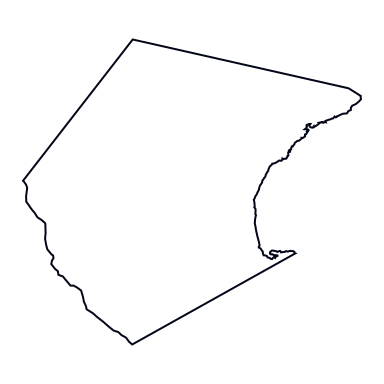 outline of Ngebei, Palau
{"feature_id": "81905179B35974165109386", "entity_name": "Ngebei", "entity_type": "district", "adm_level": 2, "iso_a3": "PLW", "parent_name": "Palau", "parent_adm1": "", "projection": "albers", "projection_center": [134.637, 7.688], "detail": "fine", "context": "isolated", "style": "outline", "palette": "ink", "viewbox_px": 384, "rotation_deg": 0, "n_neighbors": 0, "source": "geoboundaries", "source_scale": "gbopen_adm2", "svg_char_len": 3081}
<svg xmlns="http://www.w3.org/2000/svg" viewBox="0 0 384 384"><path d="M295.3,253.4L294.4,253.1L294.4,251.9L293.4,251.2L290.0,250.9L287.8,251.6L285.9,251.1L284.8,251.9L280.9,252.3L280.7,251.5L280.0,250.9L279.0,251.2L277.3,251.9L276.4,251.3L274.6,250.9L273.0,250.6L271.9,250.5L270.7,251.6L270.0,252.2L269.9,253.2L270.4,254.2L271.3,254.4L272.0,254.1L273.1,254.7L273.8,255.4L275.0,255.1L277.4,255.4L277.4,256.0L275.5,256.9L275.1,257.9L274.2,257.1L273.2,257.7L272.2,259.0L270.7,258.9L270.0,258.1L268.2,257.5L267.5,257.4L267.1,256.2L265.3,255.4L263.6,255.3L262.8,253.0L262.9,251.9L261.9,250.5L260.6,248.5L258.8,247.5L258.8,246.6L259.6,245.5L259.0,242.2L257.4,236.3L256.2,231.0L255.3,225.5L254.7,223.1L255.0,222.0L254.9,221.1L255.0,220.1L255.5,217.0L256.0,215.2L255.4,214.4L255.6,209.2L255.0,208.2L254.3,207.4L254.7,206.7L254.5,203.5L254.2,201.2L253.8,199.7L254.7,198.3L255.4,196.1L256.3,195.2L257.6,192.2L258.9,189.8L259.2,188.0L260.0,185.4L260.6,184.8L262.0,182.7L262.4,180.4L263.2,179.7L264.2,177.8L264.9,177.4L265.5,176.1L265.8,174.5L266.3,174.0L266.9,172.6L268.2,170.8L268.6,169.0L269.7,166.6L271.7,164.7L272.2,163.7L273.8,163.5L275.4,162.9L277.2,161.9L279.0,160.6L279.9,160.5L280.9,160.8L281.7,160.6L282.3,159.8L282.4,158.5L283.6,159.1L284.4,158.9L285.1,158.6L286.0,158.8L286.6,158.1L287.0,157.6L287.2,156.9L287.5,155.9L288.2,155.8L288.4,154.9L288.2,154.0L288.2,152.6L289.1,152.0L289.8,152.0L290.1,151.1L288.9,150.7L289.5,149.8L290.7,149.6L291.2,149.0L291.2,148.1L291.4,147.2L292.0,146.3L292.8,146.4L293.1,145.6L294.3,144.5L294.8,142.8L296.0,142.0L297.3,140.9L299.0,140.7L301.5,138.6L301.5,137.8L302.8,137.9L304.1,137.1L305.0,136.4L304.9,135.4L305.0,134.5L306.0,134.3L306.3,133.7L306.7,133.2L307.2,132.6L307.1,131.9L306.8,131.4L307.2,131.0L308.2,131.0L308.6,130.1L308.1,129.5L306.6,129.3L304.9,129.2L305.7,128.6L306.5,127.6L307.0,126.6L306.5,126.1L306.6,125.0L307.7,124.6L309.1,123.9L310.4,124.0L309.3,125.4L309.8,126.6L310.8,127.3L311.6,127.6L312.8,127.6L313.6,126.5L313.7,127.2L315.7,126.0L317.0,125.2L318.2,124.3L318.9,123.6L318.5,122.8L319.6,122.6L320.6,122.7L321.3,122.0L322.2,122.0L322.5,122.6L323.2,122.8L324.0,122.5L324.3,121.8L325.8,122.2L325.4,121.1L325.9,120.7L329.2,119.6L330.4,119.4L331.8,118.6L332.9,118.5L333.5,117.9L334.0,117.3L334.6,116.5L335.5,117.3L336.5,117.1L337.2,116.1L337.8,116.1L340.8,114.6L343.1,113.7L347.0,113.4L348.4,111.0L350.8,110.1L350.9,107.7L352.1,105.8L355.9,104.0L359.1,101.3L361.0,99.2L360.6,96.8L360.8,96.0L349.6,88.9L348.6,88.3L132.7,39.5L23.0,180.8L23.9,181.6L26.1,184.7L27.2,187.8L26.6,192.5L26.1,196.0L26.3,201.8L28.3,204.5L31.6,209.3L34.7,212.9L37.4,217.3L41.6,220.0L44.9,222.9L45.3,223.5L45.6,232.8L45.1,238.6L46.0,244.2L47.3,249.3L49.1,251.5L51.5,254.4L53.1,255.5L53.5,258.1L52.0,260.6L51.3,264.1L55.1,269.0L57.9,271.2L58.4,274.8L63.0,276.5L65.4,279.6L67.9,282.5L70.5,285.6L73.6,285.6L76.9,287.4L81.1,290.5L82.9,296.5L84.0,302.0L86.0,306.2L86.6,309.3L93.0,313.3L97.2,317.1L102.9,321.5L109.3,327.1L113.7,330.6L118.2,332.0L121.5,335.1L126.1,337.7L129.0,341.7L132.2,344.5L295.3,253.4Z" fill="none" stroke="#020617" stroke-width="2"/></svg>